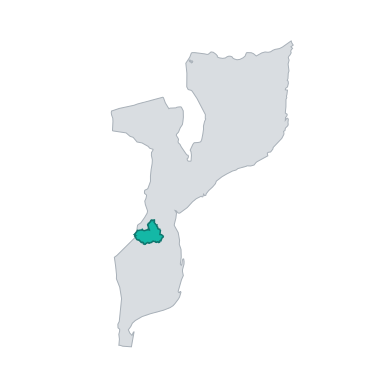 Machaze, Manica, Mozambique shown in context, rotated 6°
{"feature_id": "85939544B88211826741163", "entity_name": "Machaze", "entity_type": "district", "adm_level": 2, "iso_a3": "MOZ", "parent_name": "Mozambique", "parent_adm1": "Manica", "projection": "natural_earth1", "projection_center": [33.202, -20.936], "detail": "fine", "context": "in_parent", "style": "filled", "palette": "teal", "viewbox_px": 384, "rotation_deg": 6, "n_neighbors": 0, "source": "geoboundaries", "source_scale": "gbopen_adm2", "svg_char_len": 7322}
<svg xmlns="http://www.w3.org/2000/svg" viewBox="0 0 384 384"><g transform="rotate(6 192 192)"><path d="M121.6,265.0L123.9,263.0L139.4,244.1L140.3,243.4L139.1,240.2L141.1,236.6L141.3,230.9L141.9,230.0L144.3,228.1L147.6,222.2L149.6,217.7L149.8,215.5L146.9,209.3L146.0,206.0L146.9,203.1L147.2,200.4L146.8,199.5L145.0,198.4L144.7,197.2L144.7,195.8L145.1,195.0L147.3,193.7L147.8,193.0L149.6,185.8L149.0,180.4L149.0,174.2L149.4,167.8L149.2,164.1L147.8,159.9L147.6,156.9L148.7,154.8L148.8,153.6L145.4,152.9L143.6,151.2L137.1,148.4L132.1,148.0L127.8,143.8L124.6,143.1L120.3,140.1L107.0,139.5L106.5,139.2L106.0,130.0L105.5,126.9L103.9,123.6L103.4,121.4L103.5,119.9L110.9,116.5L125.3,111.8L128.5,110.2L153.1,100.8L153.8,101.3L156.2,106.2L160.3,111.6L161.3,110.9L167.2,110.0L168.1,109.3L169.9,108.8L171.9,108.5L172.6,108.8L174.8,112.2L175.6,118.5L175.6,122.8L175.4,125.9L173.6,129.4L172.3,133.9L170.5,136.3L170.5,137.4L172.6,140.1L173.1,141.2L172.9,143.5L173.3,144.5L175.1,145.9L176.5,148.1L181.9,154.5L183.2,155.7L184.3,155.9L184.8,157.2L184.5,158.7L183.7,159.5L184.0,160.7L185.0,161.7L187.5,161.5L187.8,161.1L187.6,155.4L186.8,152.1L185.8,150.6L187.9,144.5L189.0,142.8L193.0,142.1L194.8,141.5L195.6,140.8L196.2,138.8L196.7,133.4L196.9,128.3L196.5,125.3L197.1,120.7L198.0,117.9L197.5,117.4L197.2,113.6L187.2,98.5L181.6,91.7L180.6,91.0L177.5,90.5L175.8,88.0L174.5,74.4L172.4,64.6L175.7,58.2L176.8,54.0L177.5,53.4L180.3,53.1L190.2,53.3L192.6,53.6L193.8,53.3L196.3,50.7L198.5,50.8L201.3,52.4L202.9,53.8L203.1,55.0L205.0,55.7L208.6,55.9L211.2,55.2L212.8,53.8L214.6,53.0L216.3,53.0L217.7,53.4L218.6,54.5L220.3,55.3L222.9,55.8L225.8,55.1L228.8,53.2L230.6,51.3L231.5,48.1L232.1,47.6L236.4,47.3L238.7,48.0L241.7,50.0L246.8,46.4L250.0,45.1L253.1,45.1L255.6,44.3L257.6,42.6L259.7,41.5L264.0,40.2L266.8,38.4L274.8,31.4L275.7,33.4L277.3,35.3L275.2,37.3L277.0,38.6L275.7,40.5L275.5,41.9L276.1,43.2L275.2,45.4L274.0,47.1L273.7,48.4L274.8,50.7L274.2,54.7L275.8,61.5L275.3,63.8L275.6,69.1L275.0,71.0L276.0,71.7L276.5,73.8L276.0,77.5L274.3,79.1L274.1,80.6L276.3,80.7L276.2,85.3L275.9,86.7L276.4,88.3L275.8,90.0L276.5,97.5L276.5,102.9L276.6,103.8L278.5,104.7L278.5,106.2L277.2,108.1L277.3,111.0L278.7,108.7L279.5,108.7L280.2,109.6L280.2,112.9L280.6,114.6L280.4,116.0L278.2,118.7L278.0,121.3L277.2,121.7L276.7,122.3L277.3,123.8L277.3,125.2L275.7,129.3L268.1,139.2L267.9,140.9L266.0,144.0L263.9,144.5L262.8,145.4L263.6,148.1L253.5,155.1L252.5,156.1L250.9,158.7L247.6,160.0L244.0,160.2L243.4,160.7L235.2,163.9L233.6,165.5L230.1,166.9L224.7,170.4L220.2,173.7L215.1,178.6L214.4,181.3L212.0,184.8L208.4,188.9L206.3,192.3L206.1,193.8L204.9,194.3L203.8,192.9L203.3,195.6L202.5,195.8L201.5,195.3L197.0,198.2L193.6,201.6L188.9,208.0L182.0,214.3L180.4,214.4L178.2,212.3L177.0,212.1L178.8,214.5L178.7,219.7L177.8,225.9L177.9,227.2L182.5,233.8L184.7,241.4L184.8,245.3L187.1,250.3L188.1,257.9L187.9,264.9L189.0,266.1L189.4,265.1L189.6,260.6L190.2,259.4L190.8,259.6L191.4,262.0L191.6,264.5L190.7,270.1L190.9,272.3L192.1,276.0L190.7,280.4L188.6,292.4L189.1,293.2L190.1,293.5L190.5,292.2L191.1,292.2L191.5,292.9L190.6,297.7L189.7,299.8L186.7,304.8L185.1,307.0L182.4,309.2L176.1,312.5L163.4,317.4L155.4,321.1L149.1,325.7L146.4,328.7L145.2,332.1L143.1,335.7L144.9,338.8L147.3,340.9L148.4,337.4L149.0,337.3L147.9,352.3L139.2,352.6L136.7,352.0L135.3,352.1L135.2,345.9L134.1,341.2L134.6,337.8L134.4,336.0L132.6,334.8L132.1,331.2L133.2,328.4L133.1,305.4L130.1,294.3L125.9,286.2L125.6,282.3L123.7,273.3L121.6,265.0ZM177.9,63.7L178.9,63.1L179.1,62.0L178.4,61.5L177.8,61.6L177.5,63.4L177.9,63.7ZM177.2,61.7L176.3,60.9L175.7,61.1L175.5,61.8L176.1,62.7L176.8,62.7L177.2,61.7Z" fill="#d9dde1" stroke="#a8b0b8" stroke-width="1"/><path d="M157.5,223.7L157.3,223.7L157.2,223.7L156.8,224.0L156.6,224.1L156.4,224.2L156.2,224.1L156.1,224.5L155.9,224.5L155.7,224.6L155.3,224.4L155.2,224.3L154.9,224.4L154.5,224.1L154.4,224.2L154.3,224.3L154.2,224.5L153.9,225.0L154.0,225.3L154.0,225.5L153.9,225.8L153.6,225.8L153.5,226.0L153.3,226.4L153.1,226.7L153.0,226.8L152.9,226.9L152.7,227.3L152.7,227.5L152.2,227.9L151.9,227.8L151.8,228.1L151.8,228.3L151.6,228.6L151.7,228.9L151.6,229.0L151.3,229.2L151.3,229.3L151.4,229.5L151.5,229.6L151.6,229.8L151.8,229.9L151.7,230.1L151.8,230.2L151.9,230.3L151.9,230.6L152.0,230.7L152.0,230.8L152.0,230.7L152.2,230.8L152.2,231.0L152.3,231.3L152.3,231.5L152.4,231.8L152.4,232.0L152.6,232.2L152.7,232.3L152.7,232.5L152.8,232.6L153.0,232.8L153.0,232.7L153.1,233.0L153.2,233.3L153.2,233.5L153.3,233.7L153.5,233.8L153.6,234.2L153.3,234.1L153.1,234.2L152.9,234.2L152.5,234.0L152.3,233.9L152.3,234.0L152.0,234.0L151.9,234.0L151.7,234.0L151.2,234.6L150.8,234.5L149.6,235.1L148.4,235.5L148.1,235.4L147.6,235.3L147.2,235.2L146.7,234.8L146.6,234.5L146.5,234.4L146.4,234.3L146.2,234.6L146.1,234.8L145.9,235.1L144.3,235.3L143.1,235.9L142.4,235.8L141.8,235.8L141.1,237.5L139.7,239.5L139.5,239.9L139.6,240.0L139.4,240.2L139.2,240.3L139.4,240.4L139.5,240.4L139.7,240.6L139.6,240.8L139.7,240.7L139.8,240.9L140.1,241.0L139.8,241.1L139.7,241.3L139.8,241.3L139.8,241.5L139.9,241.8L140.0,241.8L140.1,242.0L140.3,242.1L140.2,242.3L140.3,242.3L140.4,242.5L141.4,244.2L141.5,244.3L141.8,244.6L141.9,244.8L142.1,244.9L142.2,245.0L142.3,245.1L142.5,245.3L142.8,245.3L143.1,245.2L143.5,245.4L144.0,245.2L144.0,245.3L144.1,245.5L144.3,245.6L144.5,245.6L145.0,245.8L145.0,246.0L145.4,246.3L145.5,246.3L146.0,246.6L146.1,246.8L146.2,247.0L146.4,247.0L146.5,247.1L146.7,247.3L146.8,247.4L146.9,247.5L147.0,247.5L147.0,247.4L147.3,247.3L147.6,247.5L147.8,247.4L148.0,247.1L148.3,247.1L148.5,247.3L148.8,247.4L149.0,247.5L149.1,247.9L149.1,248.0L149.0,248.3L149.0,248.5L149.3,248.6L149.4,248.8L149.5,248.8L149.8,248.8L150.1,248.8L150.4,248.9L150.5,249.0L150.9,248.9L150.9,248.7L151.0,248.7L151.2,248.4L151.3,248.3L151.5,248.2L151.7,247.9L151.8,247.9L151.9,247.7L151.9,247.8L152.0,247.8L152.1,247.7L152.3,247.6L152.4,247.4L152.5,247.3L152.8,247.2L152.7,247.1L152.9,246.9L153.3,246.8L153.6,246.8L153.8,246.9L154.0,247.0L154.2,247.3L154.3,247.3L154.5,247.4L154.9,247.4L155.1,247.2L155.1,246.9L155.5,246.8L155.9,246.8L156.0,246.8L156.3,246.6L156.5,246.5L156.8,246.4L157.0,246.4L157.2,246.2L157.3,246.2L157.4,245.9L157.5,245.7L157.8,245.3L158.0,245.2L158.3,245.0L158.6,244.9L158.7,245.0L158.8,245.0L159.2,245.1L159.3,245.2L159.5,245.2L159.8,245.2L160.0,245.2L160.3,245.2L160.6,245.0L160.9,245.3L161.0,245.4L161.1,245.6L161.3,245.5L161.5,245.6L161.9,245.8L162.0,245.8L162.1,245.7L162.3,245.6L162.4,245.4L162.6,245.2L162.8,245.1L163.0,245.2L163.4,245.2L163.4,245.3L163.5,245.3L163.7,245.5L163.9,245.6L164.0,245.7L164.3,245.6L164.5,245.5L164.6,245.4L164.8,245.4L164.9,245.2L165.0,245.1L164.9,245.0L164.9,244.9L165.0,244.9L165.1,244.7L165.2,244.4L165.2,244.2L165.2,243.9L165.3,243.8L165.4,243.7L165.5,243.7L165.8,243.7L166.3,243.7L166.4,242.5L166.5,242.3L166.6,242.1L166.8,241.8L166.8,241.6L167.0,240.8L167.9,240.1L168.1,239.0L166.1,237.6L164.5,237.6L164.6,234.9L164.6,233.5L164.4,233.4L164.2,233.1L163.8,232.7L163.7,232.5L163.7,232.4L163.4,232.4L163.3,232.5L163.1,232.5L163.0,232.4L162.9,232.3L162.6,232.3L162.0,232.0L161.9,232.0L161.9,231.9L161.7,231.8L161.6,230.6L161.3,230.4L161.1,230.2L160.9,230.2L160.6,229.9L160.5,229.7L160.4,229.6L160.6,228.8L160.7,228.5L159.7,228.4L157.5,226.1L157.8,224.8L157.5,224.1L157.5,223.9L157.5,223.7Z" fill="#14b8a6" stroke="#0f766e" stroke-width="1.5"/></g></svg>